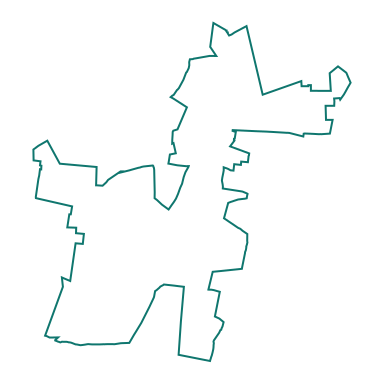 Samahil, Yucatán, Mexico
{"feature_id": "50627088B51124691471902", "entity_name": "Samahil", "entity_type": "district", "adm_level": 2, "iso_a3": "MEX", "parent_name": "Mexico", "parent_adm1": "Yucatán", "projection": "mercator", "projection_center": [-89.908, 20.848], "detail": "fine", "context": "isolated", "style": "outline", "palette": "teal", "viewbox_px": 384, "rotation_deg": 0, "n_neighbors": 0, "source": "geoboundaries", "source_scale": "gbopen_adm2", "svg_char_len": 4021}
<svg xmlns="http://www.w3.org/2000/svg" viewBox="0 0 384 384"><path d="M247.3,234.0L242.6,230.8L240.3,228.8L238.2,227.9L224.0,218.3L224.6,216.1L228.2,202.9L229.3,202.5L230.8,201.9L232.4,201.4L234.1,200.8L237.2,199.8L238.1,199.5L242.1,199.0L244.9,198.7L246.7,198.3L247.1,195.8L247.4,194.5L247.9,193.2L247.5,193.7L242.6,191.6L240.9,191.3L222.8,188.5L222.9,186.8L222.8,185.7L222.6,184.1L221.9,180.6L222.3,177.7L223.2,173.3L223.7,170.5L223.7,167.3L225.3,167.9L226.6,168.3L228.3,169.0L230.5,170.3L233.5,170.6L234.2,164.2L240.9,164.9L241.2,161.6L247.9,162.2L248.5,157.0L248.5,156.2L248.9,155.6L249.2,153.4L230.1,146.4L234.3,140.8L233.9,140.6L234.0,138.8L234.7,138.7L235.8,132.0L232.6,130.9L232.7,130.1L256.0,131.2L266.3,131.6L269.7,131.8L269.8,131.8L271.7,131.9L286.7,132.8L287.3,132.8L287.5,132.8L289.2,132.9L303.3,136.5L303.7,133.7L304.5,133.5L311.9,133.8L319.1,134.2L320.4,134.1L321.2,134.2L329.9,133.6L332.6,119.9L326.0,119.9L325.9,115.6L325.6,105.8L326.6,105.8L329.5,105.8L332.4,105.8L334.2,105.8L334.4,101.3L334.1,98.5L339.6,98.1L340.2,99.7L343.9,94.5L345.5,91.7L346.7,89.5L348.2,86.8L349.0,85.5L350.6,82.7L348.1,77.0L346.5,73.1L346.0,72.5L338.0,66.4L329.7,73.2L330.8,90.9L310.9,90.8L310.9,85.1L308.3,85.1L308.3,86.2L301.6,86.2L301.3,81.1L262.7,94.7L246.5,26.1L234.5,32.5L231.6,34.5L229.1,35.5L227.7,33.3L227.8,32.4L227.0,32.2L226.3,31.1L226.5,30.6L225.9,30.5L225.6,30.0L213.4,23.0L212.8,27.2L211.5,37.2L210.2,46.9L213.3,51.5L216.3,56.0L209.7,55.9L205.2,56.7L196.1,58.3L193.6,58.7L192.9,59.1L189.9,59.3L189.2,62.1L189.3,65.2L188.7,68.2L186.8,72.1L186.2,72.5L183.4,79.8L178.9,88.1L177.5,89.7L177.0,90.0L174.1,94.3L173.5,95.1L172.5,95.5L170.7,97.1L173.4,98.6L186.9,107.3L177.5,129.4L173.3,130.7L172.7,131.9L172.6,134.8L172.3,139.4L172.2,143.7L173.5,143.1L175.8,153.3L169.9,154.5L168.8,161.4L168.4,163.6L176.8,165.2L177.4,165.3L186.2,166.2L188.7,166.1L188.5,166.8L185.5,172.1L185.4,172.3L183.7,177.1L182.4,182.4L182.1,183.7L180.3,187.6L179.9,188.7L178.0,194.0L176.0,198.6L174.2,201.5L173.3,202.8L171.7,205.0L168.6,209.5L161.9,204.6L157.1,200.1L154.6,198.2L154.7,192.1L154.2,169.9L154.1,169.1L153.9,167.8L153.5,167.0L153.3,166.1L152.8,165.5L143.5,166.5L141.6,166.9L140.0,167.5L138.4,167.8L130.9,169.9L129.6,170.3L121.1,172.4L122.1,171.4L120.6,171.4L108.1,179.9L106.3,182.3L102.6,185.7L96.5,185.3L96.1,185.3L96.6,167.0L59.8,163.7L47.3,140.7L38.4,145.8L33.4,149.5L33.6,160.4L40.5,161.3L40.0,165.4L41.4,165.7L41.2,169.4L40.0,169.2L39.6,172.3L39.2,175.5L38.4,179.0L35.8,197.0L35.9,198.1L38.4,198.7L72.1,206.4L70.8,214.3L69.3,214.3L67.3,227.4L76.2,227.7L76.0,233.2L83.9,233.9L82.8,243.9L75.6,243.3L70.2,281.0L61.9,277.5L62.9,286.8L45.1,335.7L46.7,336.1L49.5,337.5L53.4,337.5L58.1,337.4L55.2,340.1L55.2,340.5L57.3,341.3L57.9,341.6L59.0,341.9L59.6,342.1L60.2,342.4L60.9,342.2L62.0,341.7L63.1,341.8L65.2,341.8L66.5,341.8L67.1,341.9L67.7,342.0L68.6,342.3L69.2,342.3L70.9,342.6L72.3,343.1L75.6,344.4L77.0,344.5L79.9,345.1L80.7,345.2L83.8,344.8L85.8,344.5L86.2,344.4L88.1,344.1L90.7,344.3L92.0,344.4L93.5,344.4L95.8,344.4L98.5,344.4L100.2,344.4L101.3,344.3L102.5,344.3L103.1,344.2L104.2,344.3L105.3,344.2L108.8,344.1L110.8,344.1L114.6,344.2L120.9,343.2L129.3,342.9L134.0,334.8L136.0,331.6L141.3,322.9L149.3,307.1L153.8,297.6L154.1,296.6L155.1,291.1L156.5,290.2L158.9,288.1L159.2,287.9L160.3,286.6L163.5,284.9L163.9,284.5L174.0,285.6L178.7,286.2L178.8,286.2L183.9,286.8L183.0,297.2L180.9,321.5L178.7,353.5L178.6,354.8L210.0,361.0L210.3,359.9L210.8,358.4L211.2,357.0L211.8,355.4L212.6,352.3L213.3,349.1L213.5,347.3L213.6,344.9L213.8,343.6L213.8,342.9L213.7,342.6L213.5,341.6L213.9,340.4L219.2,332.7L220.3,330.2L221.2,329.8L221.6,328.3L222.5,326.5L223.6,322.1L219.4,318.6L214.9,316.5L219.8,291.8L217.2,291.1L213.8,290.1L211.4,289.7L209.0,289.7L208.4,289.6L212.7,271.8L220.0,271.1L239.3,269.1L241.9,268.8L242.2,267.0L245.0,253.2L245.0,252.7L245.1,252.0L245.8,250.3L246.1,248.8L246.3,247.5L246.2,246.9L246.4,246.3L246.6,245.3L246.9,244.7L247.1,243.6L247.4,242.7L247.2,240.9L247.3,234.0Z" fill="none" stroke="#0f766e" stroke-width="2"/></svg>